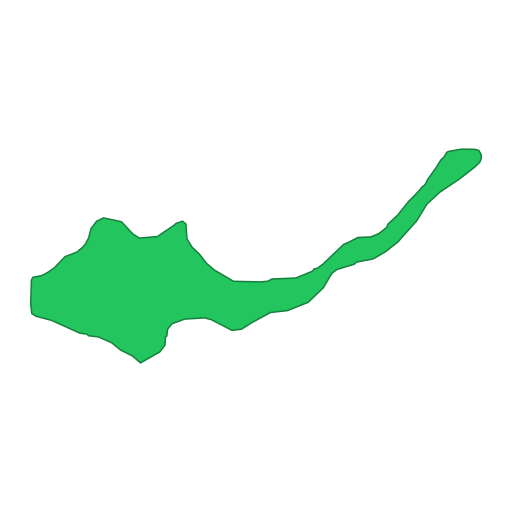 the district of San Pedro Sacatepéquez, Guatemala
{"feature_id": "79465075B65982966467051", "entity_name": "San Pedro Sacatepéquez", "entity_type": "district", "adm_level": 2, "iso_a3": "GTM", "parent_name": "Guatemala", "parent_adm1": "", "projection": "albers", "projection_center": [-90.6, 14.686], "detail": "fine", "context": "isolated", "style": "filled", "palette": "green", "viewbox_px": 512, "rotation_deg": 0, "n_neighbors": 0, "source": "geoboundaries", "source_scale": "gbopen_adm2", "svg_char_len": 1360}
<svg xmlns="http://www.w3.org/2000/svg" viewBox="0 0 512 512"><path d="M459.2,179.2L474.8,167.0L479.9,162.1L481.3,158.2L481.1,154.4L478.8,150.4L474.6,149.3L461.6,149.1L448.7,151.4L446.8,152.3L443.8,157.2L441.0,159.8L439.2,162.6L436.7,166.8L427.7,179.4L425.0,184.7L421.8,187.2L419.7,189.9L414.0,196.1L408.7,201.3L397.4,215.4L387.9,224.2L386.8,227.3L378.8,233.6L370.9,236.9L357.8,237.5L348.1,242.5L343.7,244.3L322.9,264.2L317.2,268.3L313.8,269.0L312.9,271.0L295.9,278.0L271.8,279.0L268.1,281.1L261.2,281.9L233.5,281.3L214.2,269.9L206.5,263.3L199.3,254.0L192.0,247.1L187.0,238.8L185.9,224.0L182.6,221.2L176.2,223.3L174.3,225.1L162.8,232.8L157.5,236.5L139.2,238.1L132.7,233.8L121.4,221.7L103.6,217.9L96.6,221.2L91.0,228.7L88.6,238.0L85.3,244.1L82.8,247.1L76.8,252.1L65.1,256.6L54.3,267.8L48.0,272.2L42.1,275.5L32.8,277.3L31.4,280.3L30.7,304.1L31.8,313.6L36.1,316.3L51.3,320.3L80.0,333.2L86.8,334.1L88.7,335.8L98.3,336.9L111.7,342.8L120.5,350.0L132.3,355.9L140.5,362.9L159.8,351.9L165.1,345.0L165.4,337.1L166.8,336.1L167.6,329.2L172.0,323.8L184.6,319.1L204.6,317.9L211.2,319.6L232.0,330.4L241.5,329.2L251.6,322.8L270.5,312.5L287.5,310.6L308.2,302.3L323.4,287.7L331.9,273.3L337.1,269.4L354.6,264.1L356.2,262.2L373.2,258.9L385.3,251.9L398.1,241.8L401.8,237.5L416.7,220.9L426.8,204.3L439.5,192.4L459.2,179.2Z" fill="#22c55e" stroke="#15803d" stroke-width="1.5"/></svg>